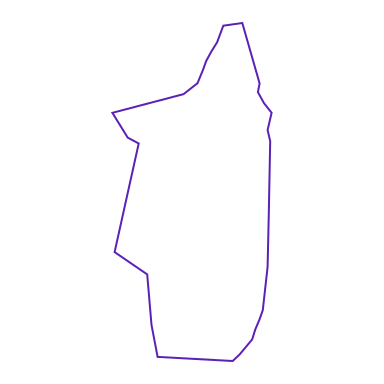 Joca Claudino, Paraíba, Brazil
{"feature_id": "56859067B54381118880568", "entity_name": "Joca Claudino", "entity_type": "district", "adm_level": 2, "iso_a3": "BRA", "parent_name": "Brazil", "parent_adm1": "Paraíba", "projection": "equal_earth", "projection_center": [-38.476, -6.472], "detail": "fine", "context": "isolated", "style": "outline", "palette": "violet", "viewbox_px": 384, "rotation_deg": 0, "n_neighbors": 0, "source": "geoboundaries", "source_scale": "gbopen_adm2", "svg_char_len": 488}
<svg xmlns="http://www.w3.org/2000/svg" viewBox="0 0 384 384"><path d="M114.6,252.1L147.2,274.4L151.5,324.9L157.6,356.9L232.7,361.0L239.6,354.5L252.2,339.4L255.3,329.4L259.4,319.7L262.8,310.1L267.6,266.8L268.8,213.1L270.2,141.2L267.6,130.1L271.6,112.8L264.0,103.2L257.9,92.1L259.6,83.5L257.4,75.7L242.3,23.0L223.3,25.7L217.1,42.3L211.4,51.4L206.2,61.0L202.9,70.1L197.5,83.2L183.6,94.1L112.4,112.8L127.7,137.6L138.7,143.5L114.6,252.1Z" fill="none" stroke="#5b21b6" stroke-width="2"/></svg>